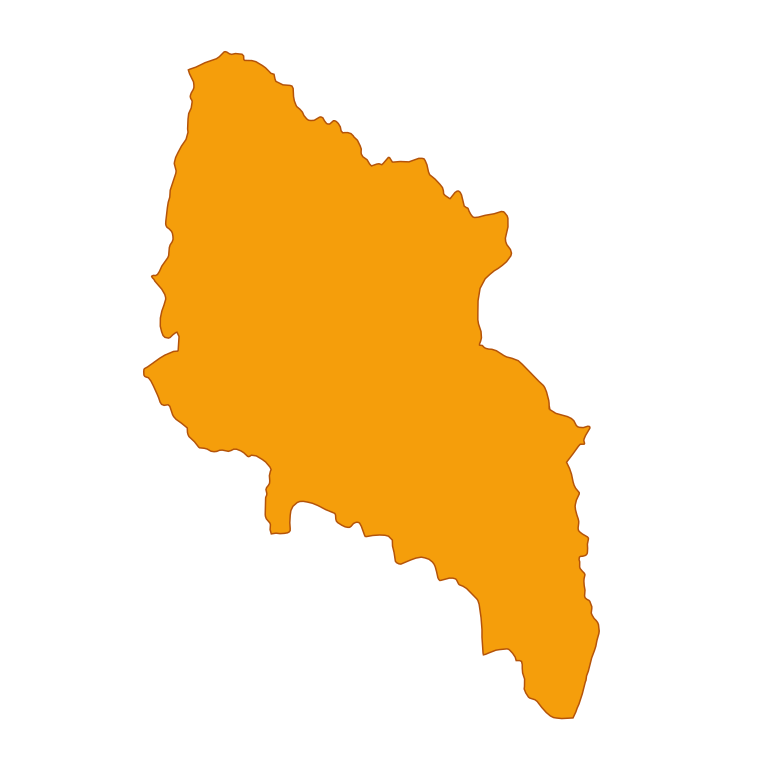 the district of Khanh Son, Khánh Hòa, Vietnam, rotated 187°
{"feature_id": "81297802B29051358194838", "entity_name": "Khanh Son", "entity_type": "district", "adm_level": 2, "iso_a3": "VNM", "parent_name": "Vietnam", "parent_adm1": "Khánh Hòa", "projection": "natural_earth1", "projection_center": [108.898, 12.037], "detail": "fine", "context": "isolated", "style": "filled", "palette": "amber", "viewbox_px": 768, "rotation_deg": 187, "n_neighbors": 0, "source": "geoboundaries", "source_scale": "gbopen_adm2", "svg_char_len": 6155}
<svg xmlns="http://www.w3.org/2000/svg" viewBox="0 0 768 768"><g transform="rotate(187 384 384)"><path d="M616.5,671.9L614.8,668.2L609.9,660.7L609.1,657.5L608.8,655.1L609.2,653.1L610.8,649.3L611.3,646.9L611.3,645.5L610.6,643.8L609.3,642.2L608.8,640.8L609.0,634.4L610.8,628.7L610.8,623.2L610.0,613.2L609.2,610.0L610.3,602.6L614.1,595.3L616.7,588.5L618.4,583.5L619.0,578.8L619.0,577.1L616.3,570.3L616.3,567.8L619.8,550.3L619.4,543.4L620.3,538.1L620.5,532.8L620.4,519.1L620.2,516.3L619.6,514.6L618.5,513.1L616.0,511.7L613.5,509.6L612.4,507.8L611.5,504.9L611.0,502.0L611.5,499.5L613.2,496.0L613.7,493.3L613.4,485.2L614.0,483.0L618.9,473.9L620.6,468.4L622.2,465.1L623.9,463.8L626.2,463.7L627.7,462.7L627.7,462.3L626.7,461.1L625.1,459.8L623.9,458.1L616.1,451.0L612.5,446.2L611.3,443.3L611.0,441.5L612.0,435.5L613.4,429.3L614.0,422.2L613.1,414.1L611.1,408.8L609.2,405.2L607.1,403.6L603.5,403.3L602.0,404.1L599.5,407.2L597.0,409.6L595.8,410.2L593.2,406.1L592.4,392.3L592.8,391.5L596.8,390.7L605.0,386.0L609.7,382.3L620.8,372.1L623.3,370.3L624.0,369.4L624.0,367.1L623.4,363.7L622.5,362.5L621.3,362.0L618.6,361.5L615.8,358.7L612.5,353.8L607.7,345.9L606.0,342.9L604.0,338.7L602.3,336.7L599.7,336.0L595.8,337.1L593.9,335.8L590.1,327.8L588.8,326.0L586.1,323.6L580.2,320.4L573.9,316.4L573.2,312.1L572.3,309.8L571.1,308.0L565.1,303.6L560.3,298.8L559.3,298.2L554.5,298.3L551.6,297.9L547.5,296.2L544.4,296.1L541.8,296.7L539.1,298.2L536.4,298.7L530.2,298.2L527.6,299.4L525.2,301.0L522.3,301.3L518.0,300.2L514.8,298.7L510.6,295.6L509.6,295.4L508.7,295.7L506.9,297.2L502.0,297.1L495.5,294.2L492.0,292.2L487.0,287.6L485.6,285.2L486.1,283.7L486.6,279.1L485.6,274.0L485.5,271.5L486.4,269.3L487.9,266.9L488.3,264.8L486.9,260.9L486.9,259.3L487.6,257.1L487.5,255.3L486.0,240.1L485.6,238.3L484.4,235.9L480.3,232.1L479.6,230.6L479.3,225.5L477.6,221.5L473.0,222.8L469.0,222.8L464.7,223.6L461.7,224.5L460.1,225.6L459.3,227.0L459.5,229.1L460.6,234.8L461.1,242.3L461.0,247.0L459.5,251.5L455.7,255.8L453.3,257.1L449.9,257.7L445.7,257.5L440.5,256.9L434.7,255.3L426.5,252.2L417.4,249.7L416.7,249.1L416.1,247.9L415.4,244.2L414.6,242.2L413.1,240.8L408.7,238.7L405.2,237.5L402.3,237.3L400.6,237.6L399.3,238.8L397.3,241.8L395.5,243.0L394.1,243.5L392.6,243.5L391.3,243.0L389.2,240.1L384.9,231.6L384.1,230.4L382.9,230.4L376.7,232.3L369.9,233.6L364.6,234.0L361.0,233.5L356.7,230.1L355.8,224.2L353.5,218.1L351.1,209.5L349.8,208.2L347.3,207.3L345.3,207.3L335.9,212.7L331.1,215.1L325.9,216.7L322.1,216.4L317.9,215.5L314.2,213.2L312.3,211.2L310.9,208.9L308.9,204.0L306.9,198.3L305.9,196.8L304.7,195.8L303.7,196.0L295.5,199.3L292.0,199.7L289.3,199.3L288.2,198.5L285.6,194.6L284.7,193.9L280.9,192.9L277.1,191.1L265.8,182.1L264.5,180.7L262.7,176.9L259.2,163.9L256.8,152.1L255.9,144.7L252.9,129.0L252.3,127.3L250.0,128.2L247.3,129.8L240.6,133.4L237.2,134.4L229.7,136.1L228.0,135.9L226.7,135.1L223.5,132.4L220.5,128.9L219.1,125.6L215.5,126.0L213.7,125.4L212.6,122.4L212.1,118.5L211.2,114.1L208.5,108.3L207.7,101.0L207.7,98.4L205.6,94.6L202.4,90.8L200.9,90.0L195.6,89.0L193.3,87.6L188.0,82.2L182.9,77.7L178.4,74.8L175.1,73.6L172.2,73.5L166.8,73.6L155.7,75.6L153.6,82.0L152.8,85.8L151.5,90.0L149.4,100.8L147.9,112.7L147.4,114.6L147.4,118.9L146.2,123.9L144.5,137.5L142.6,145.3L141.8,149.6L141.4,155.5L140.3,162.6L140.3,165.0L141.8,171.3L142.9,173.3L144.5,175.0L146.9,176.9L149.1,179.7L150.4,181.9L150.4,186.6L150.6,188.3L153.2,193.3L154.2,194.2L156.6,195.1L158.4,196.4L159.1,198.1L159.4,203.9L160.8,208.6L161.6,212.7L161.7,215.2L161.3,219.1L162.0,220.5L164.6,222.6L166.8,224.7L167.5,226.2L168.1,231.4L169.0,233.5L169.0,235.5L168.8,236.2L167.9,236.9L165.7,237.3L163.4,238.3L162.3,239.2L161.7,240.5L161.6,241.9L161.9,245.8L162.6,249.8L162.2,255.2L162.4,256.0L163.4,257.0L168.6,259.2L171.5,260.9L173.0,262.2L173.5,263.4L173.8,264.8L173.8,269.7L174.0,271.5L174.9,274.0L176.6,277.5L178.6,282.5L179.4,285.8L179.4,287.7L178.9,292.2L176.8,298.7L177.0,300.0L181.1,303.9L183.0,306.7L184.4,309.9L186.9,317.3L189.5,322.7L193.3,328.6L188.0,337.6L183.4,346.0L181.9,348.1L178.0,348.7L177.7,349.5L178.8,352.2L178.7,353.9L177.7,357.4L174.3,365.2L174.4,366.3L175.1,366.9L176.6,366.9L180.9,365.0L184.9,364.8L186.6,365.2L188.1,366.3L191.1,370.7L193.8,372.6L197.9,374.0L209.9,375.8L216.2,378.8L217.0,381.3L217.2,380.9L217.8,385.0L218.5,387.8L221.7,395.9L224.0,400.0L225.6,401.9L230.6,405.5L248.9,420.2L253.6,423.5L260.0,425.1L265.6,425.8L268.4,426.8L276.5,430.7L281.1,431.6L284.3,431.4L287.5,431.8L289.2,432.6L291.1,434.2L293.9,434.2L294.1,435.3L293.3,438.4L292.9,441.7L294.1,447.9L297.5,455.1L298.7,459.2L299.6,466.8L300.8,478.1L300.3,490.6L296.4,500.8L292.2,505.8L288.4,509.8L284.7,512.7L281.0,516.2L277.3,520.3L273.7,526.7L273.4,529.4L274.9,532.9L279.1,537.3L280.6,540.2L281.3,543.5L280.1,555.0L281.2,563.5L282.2,565.8L284.9,568.5L286.2,569.5L288.6,569.5L295.4,566.4L304.3,563.7L310.7,561.1L314.3,560.3L315.8,560.5L316.8,561.2L318.5,562.9L320.7,566.0L321.9,568.4L322.5,568.9L323.5,569.0L326.1,570.4L330.1,581.1L331.8,583.6L333.5,584.6L334.9,584.4L336.9,582.7L340.9,576.1L341.5,576.1L346.4,578.6L348.0,580.1L348.6,583.0L349.9,586.1L352.7,588.9L358.3,593.6L364.2,597.3L365.7,600.0L368.1,606.8L370.4,610.8L371.8,612.4L373.8,612.6L377.0,612.2L386.4,607.5L395.1,606.8L401.7,605.4L402.8,605.4L406.1,609.4L407.3,609.4L411.7,602.8L412.9,601.4L415.8,602.0L418.0,601.4L423.0,598.9L425.1,600.6L428.1,604.5L432.7,607.0L434.5,609.4L435.0,611.3L435.2,614.4L436.7,617.5L440.1,622.7L443.9,625.5L444.8,626.6L447.3,628.5L450.6,629.1L453.8,628.7L455.5,628.3L457.4,630.0L458.7,633.9L461.1,637.0L463.3,638.7L465.0,639.3L466.3,639.1L469.6,635.4L471.6,635.2L472.8,635.6L475.1,637.9L477.2,640.8L479.2,641.4L480.5,641.0L485.4,637.2L488.6,636.6L491.0,636.6L493.0,637.7L496.2,640.7L498.1,643.9L501.0,646.5L504.4,648.7L505.2,649.8L507.5,654.1L508.8,658.2L510.2,666.3L511.7,668.5L513.7,668.9L520.8,668.6L528.2,671.2L529.4,673.5L530.9,678.0L534.1,678.6L540.0,683.3L543.2,685.1L550.4,688.3L554.7,688.9L561.8,688.2L562.7,689.0L563.3,692.5L565.1,694.0L571.7,693.9L575.4,692.6L577.6,692.9L580.5,694.3L582.2,694.5L583.2,694.1L587.4,688.7L590.0,686.4L600.8,681.1L609.3,675.6L615.1,672.8L616.5,671.9Z" fill="#f59e0b" stroke="#b45309" stroke-width="1.5"/></g></svg>